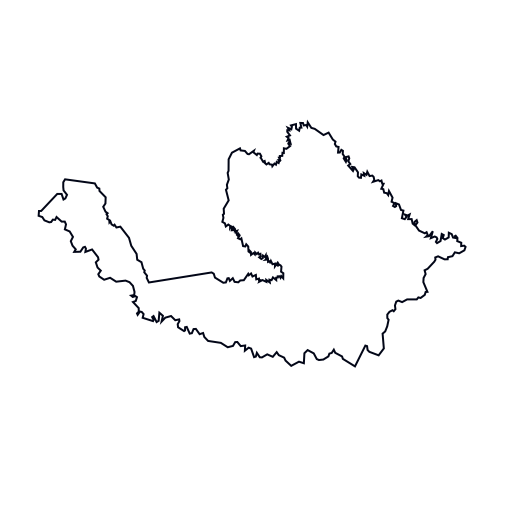 outline of Solano, Caquetá, Colombia, rotated 351°
{"feature_id": "7082276B1556586451217", "entity_name": "Solano", "entity_type": "district", "adm_level": 2, "iso_a3": "COL", "parent_name": "Colombia", "parent_adm1": "Caquetá", "projection": "equal_earth", "projection_center": [-73.482, 0.241], "detail": "fine", "context": "isolated", "style": "outline", "palette": "ink", "viewbox_px": 512, "rotation_deg": 351, "n_neighbors": 0, "source": "geoboundaries", "source_scale": "gbopen_adm2", "svg_char_len": 6124}
<svg xmlns="http://www.w3.org/2000/svg" viewBox="0 0 512 512"><g transform="rotate(351 256 256)"><path d="M79.4,150.4L77.2,153.0L76.4,157.7L76.2,161.1L78.9,166.0L76.7,169.3L74.7,170.1L73.7,164.3L69.4,163.6L50.9,177.9L48.7,177.6L47.6,182.3L51.0,184.1L52.6,187.7L57.1,190.4L59.0,190.4L61.0,188.3L63.3,188.9L65.1,186.3L69.4,191.6L72.5,192.1L73.3,195.0L71.4,199.8L75.8,202.6L78.2,208.5L75.4,212.4L76.4,217.1L79.0,221.2L77.1,223.5L83.2,224.3L86.7,220.5L88.5,220.2L89.2,222.1L88.1,225.3L95.1,223.9L99.8,232.5L99.9,235.0L96.8,237.2L97.7,242.6L100.4,246.2L97.4,249.3L98.0,251.7L102.3,255.7L108.5,254.7L113.9,259.5L123.3,259.9L127.0,262.1L129.8,266.3L130.4,272.5L129.6,275.5L126.5,275.6L127.9,277.2L130.6,276.7L132.0,278.0L130.2,281.6L127.3,282.2L132.0,289.1L131.5,292.6L129.5,294.1L129.9,295.6L132.7,292.7L134.4,293.4L135.9,295.8L134.4,299.3L144.1,304.2L144.9,302.9L143.9,300.1L145.4,299.3L147.5,305.7L149.7,304.8L151.7,296.9L154.7,300.5L152.5,306.0L156.8,302.7L162.7,302.0L166.2,306.8L170.2,306.6L170.2,308.3L168.0,311.1L167.9,314.2L173.2,318.9L174.3,318.4L174.8,315.3L176.5,315.2L178.4,322.3L180.6,322.2L182.9,318.4L185.2,318.6L188.1,324.4L191.7,323.8L192.3,327.9L195.4,332.4L207.7,336.3L213.8,341.7L219.2,341.2L222.0,337.8L224.1,338.0L226.8,342.6L231.3,342.7L230.2,347.8L234.4,345.4L236.7,346.7L238.3,355.6L240.1,355.3L241.7,351.8L243.9,356.6L246.0,357.1L251.7,354.9L256.8,358.2L261.4,354.2L263.0,357.5L267.9,360.8L268.8,363.9L273.6,370.0L281.9,367.1L286.5,369.4L288.6,359.6L292.3,357.0L297.8,361.2L299.9,367.3L301.9,368.6L306.3,368.8L311.8,366.5L313.2,363.9L315.6,363.6L318.2,360.7L319.1,364.0L325.3,368.7L325.7,371.2L336.5,380.5L350.0,361.6L351.6,362.4L351.5,366.3L353.0,368.4L361.6,373.3L367.8,367.3L368.9,352.5L371.8,350.7L374.6,346.0L377.0,339.7L376.0,337.9L376.5,334.4L379.1,332.0L382.3,330.9L383.4,332.1L385.4,330.3L385.5,326.6L387.4,323.0L389.6,322.3L393.1,324.4L398.5,322.5L408.0,324.0L409.9,322.3L412.0,323.2L416.6,320.8L417.9,318.1L419.7,318.2L417.2,308.0L418.1,303.9L420.7,300.4L420.3,296.5L423.5,295.5L431.2,289.5L432.7,287.7L432.8,285.5L435.8,284.8L441.7,288.8L444.8,289.2L445.4,287.2L450.0,286.9L453.0,283.5L457.1,285.1L462.7,283.0L464.4,279.8L463.3,278.4L460.2,278.3L460.8,275.0L457.1,272.8L457.8,269.7L456.4,267.2L455.6,267.5L455.8,269.4L453.5,268.6L452.7,265.0L450.1,263.2L449.2,267.8L445.2,269.3L443.2,267.5L444.7,264.7L442.9,263.3L440.6,270.1L436.8,271.6L435.9,270.2L437.8,267.5L437.3,265.9L435.6,264.7L431.5,265.7L434.5,259.2L430.0,263.5L427.0,263.5L428.9,262.2L428.2,259.2L426.3,260.0L421.0,256.4L418.2,250.6L420.7,248.2L420.3,245.7L418.1,247.0L417.1,250.0L415.8,248.5L415.5,243.9L412.1,243.4L414.2,239.0L412.1,239.7L409.6,238.4L410.8,240.9L408.7,242.9L406.0,241.5L408.7,234.2L406.4,233.2L405.3,227.5L402.5,225.8L402.2,228.7L400.8,229.3L399.2,228.0L401.1,225.5L398.4,223.6L400.0,219.7L397.5,212.6L396.1,216.5L395.0,214.4L392.5,213.5L392.2,209.9L390.3,209.2L393.3,204.6L392.0,204.3L391.7,201.1L390.1,201.6L388.7,200.2L383.2,201.0L384.7,199.3L384.6,196.4L383.5,194.8L380.7,194.8L379.1,190.2L377.8,193.1L375.5,191.0L375.5,193.7L372.8,191.9L371.9,195.2L370.0,194.7L369.0,193.1L369.8,189.3L367.2,183.8L365.1,183.1L366.0,185.8L365.1,187.2L361.2,181.1L363.5,179.9L362.0,176.9L363.4,174.1L363.0,172.1L359.8,172.4L360.5,175.3L359.5,177.1L357.9,173.3L359.0,171.9L357.6,168.8L358.3,165.7L356.9,164.5L354.9,166.9L353.2,166.7L354.6,161.2L352.4,160.3L351.4,157.7L352.4,155.5L350.1,153.0L347.0,145.5L341.6,147.1L333.9,139.6L330.7,138.1L328.0,132.1L326.8,136.2L326.1,134.5L323.6,134.5L323.2,132.0L320.6,131.5L320.9,136.3L319.3,136.1L318.2,139.0L315.5,136.5L316.1,132.0L311.0,132.5L311.7,133.9L310.7,136.4L307.5,134.3L308.5,137.2L306.6,136.7L306.3,138.2L308.4,142.2L305.1,143.0L306.6,144.6L305.2,146.8L307.4,146.5L307.7,150.4L306.1,149.1L305.6,149.9L307.0,150.5L306.0,151.2L306.8,152.8L302.8,154.9L300.4,154.0L299.6,158.6L298.3,158.2L297.6,161.2L295.2,161.0L295.1,162.4L294.1,162.4L295.0,165.4L294.1,166.2L294.6,164.8L293.2,164.8L293.8,165.9L292.9,167.7L291.2,166.3L290.0,168.9L288.7,167.6L286.2,169.9L286.1,168.3L283.7,167.5L283.1,166.0L280.6,167.2L278.7,164.8L279.5,164.8L279.4,163.5L277.7,163.9L276.1,159.8L275.3,160.3L276.9,158.4L275.9,155.6L273.6,155.1L272.6,156.4L269.6,153.1L270.4,151.7L265.0,154.4L263.6,153.9L261.5,150.5L257.3,149.3L257.0,147.2L248.4,150.2L244.1,156.2L242.2,167.6L241.0,169.5L241.1,176.2L238.4,181.1L238.3,184.6L236.7,185.9L237.7,196.8L231.5,204.2L231.0,209.3L229.7,210.1L229.8,213.2L228.1,217.0L230.4,218.9L230.8,222.1L233.6,220.6L235.2,222.3L234.9,223.9L235.9,222.7L236.8,223.3L236.0,226.8L238.1,226.9L237.3,224.8L238.2,223.9L239.5,226.1L239.0,228.3L241.2,228.1L239.7,229.9L241.1,230.7L240.4,232.0L241.6,233.8L242.5,233.7L242.6,232.1L243.1,233.0L241.0,235.6L243.0,237.0L244.3,236.3L244.8,244.2L246.9,244.9L248.2,242.9L249.8,245.4L249.3,250.4L250.4,251.5L250.4,249.5L251.6,251.2L251.3,254.1L253.9,252.7L255.1,254.3L255.7,252.3L257.1,254.2L258.6,253.1L259.3,255.0L260.7,254.6L260.7,257.0L259.0,257.8L260.8,259.8L262.3,259.2L263.0,256.7L264.6,258.4L265.8,256.8L265.6,259.3L267.0,258.2L267.3,259.9L265.0,261.2L267.3,261.3L267.0,263.7L268.9,263.2L269.0,265.5L270.0,263.4L271.0,266.7L273.6,266.5L273.1,269.2L276.4,265.9L276.9,267.0L275.5,269.4L277.5,268.2L278.7,269.0L279.5,270.5L278.3,275.4L280.3,277.3L279.4,282.3L277.8,279.8L276.8,281.4L276.1,279.7L274.3,279.5L274.2,280.6L272.5,280.6L272.2,282.9L269.4,279.8L267.6,282.3L265.6,281.5L265.5,284.3L262.4,281.2L262.2,283.2L258.7,280.8L255.2,281.9L256.1,280.5L255.2,280.4L255.4,278.8L252.6,279.1L252.9,274.7L249.3,275.7L248.4,272.5L245.9,273.9L245.5,272.4L240.2,278.0L236.6,277.7L234.4,279.2L230.8,278.2L229.6,274.3L226.3,276.5L225.6,273.6L224.3,273.6L222.1,277.4L219.5,277.3L212.1,270.9L211.5,266.9L209.6,265.3L146.1,265.4L144.6,260.5L145.3,258.4L143.1,254.6L143.8,252.9L142.6,250.9L141.9,244.2L138.1,241.1L138.4,235.3L134.4,226.4L133.4,218.2L126.6,205.8L122.6,206.0L121.2,203.0L120.2,203.8L118.3,202.2L117.6,199.0L116.5,199.9L116.7,197.5L114.8,195.9L115.8,193.5L114.9,191.3L116.1,190.5L114.3,188.7L112.8,183.5L115.5,180.6L116.7,174.5L111.6,167.3L111.8,164.9L109.8,163.6L108.2,159.1L79.4,150.4Z" fill="none" stroke="#020617" stroke-width="2"/></g></svg>